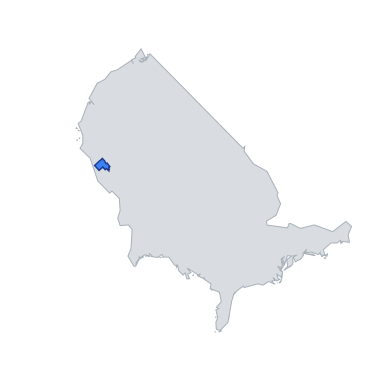 Maricopa, Arizona, United States of America (highlighted), rotated 47°
{"feature_id": "52423323B41946106713870", "entity_name": "Maricopa", "entity_type": "district", "adm_level": 2, "iso_a3": "USA", "parent_name": "United States of America", "parent_adm1": "Arizona", "projection": "albers", "projection_center": [-111.877, 33.277], "detail": "fine", "context": "in_parent", "style": "filled", "palette": "blue", "viewbox_px": 384, "rotation_deg": 47, "n_neighbors": 0, "source": "geoboundaries", "source_scale": "gbopen_adm2", "svg_char_len": 4535}
<svg xmlns="http://www.w3.org/2000/svg" viewBox="0 0 384 384"><g transform="rotate(47 192 192)"><path d="M299.5,125.0L316.9,116.2L318.6,99.4L326.1,98.9L329.9,107.2L336.2,111.1L330.3,116.2L330.6,117.9L328.6,116.4L328.3,120.6L324.0,125.2L323.8,135.2L328.3,137.7L330.2,136.3L329.0,135.0L330.0,135.4L330.9,137.2L325.4,140.9L323.5,139.4L323.9,142.3L317.3,145.7L313.3,151.2L313.1,149.0L312.2,147.9L312.5,153.1L314.2,153.4L315.2,157.6L313.5,164.1L308.6,162.3L309.7,158.2L307.9,161.4L310.2,164.6L312.5,166.1L313.6,168.3L312.0,178.4L311.5,172.6L306.2,168.9L306.7,162.8L303.7,165.6L307.7,173.0L303.4,171.8L302.3,172.5L302.5,169.7L302.2,169.0L301.7,171.3L302.2,172.9L308.5,174.1L307.8,175.9L304.5,174.0L303.5,173.9L307.5,176.1L309.0,176.3L309.0,178.6L306.8,177.6L310.4,179.7L309.9,180.3L308.1,179.2L304.6,179.7L309.7,181.1L312.2,180.1L317.3,186.4L313.1,181.6L315.0,185.0L309.9,186.0L314.6,188.3L316.0,186.7L314.9,190.7L309.9,191.2L313.3,191.9L311.4,194.4L314.7,194.6L309.7,197.1L308.6,203.4L304.1,206.5L297.4,219.1L295.8,218.5L294.7,228.5L295.0,230.7L298.6,237.0L311.9,254.7L312.5,266.0L308.9,267.8L303.5,263.3L301.4,258.8L294.5,254.9L295.6,252.0L293.0,252.8L292.2,245.5L284.1,240.3L275.0,244.5L272.2,240.8L262.8,242.8L263.6,240.9L262.3,242.9L258.2,244.7L257.4,241.5L257.2,243.9L244.4,247.4L250.2,247.8L248.9,251.1L253.8,253.0L252.0,255.0L246.4,252.2L246.7,255.3L240.0,255.3L235.7,252.3L233.8,254.6L223.8,253.4L219.0,258.5L220.2,257.1L217.1,256.5L216.4,261.9L211.0,266.1L212.2,264.9L208.3,264.9L209.9,266.5L205.7,269.3L204.8,275.2L202.6,274.5L204.6,275.8L205.6,281.0L207.9,283.8L206.7,285.1L195.2,282.6L191.8,275.3L178.6,261.3L172.7,261.0L167.6,267.5L160.4,264.1L156.7,257.3L147.1,249.5L136.6,249.9L136.7,253.0L119.8,253.4L98.0,243.5L83.8,244.2L82.0,238.8L76.3,233.4L64.2,228.5L64.5,224.7L55.7,206.9L56.2,205.2L58.0,207.6L57.0,203.8L61.4,203.9L53.3,203.5L47.8,187.1L50.2,178.9L48.8,169.3L51.6,163.5L54.4,146.5L58.1,147.4L54.0,146.0L55.7,141.5L54.2,141.4L52.6,131.6L61.7,134.2L59.4,139.1L62.8,135.8L62.1,140.0L59.8,140.8L61.4,141.2L63.3,139.6L64.3,135.4L62.3,128.5L194.9,124.9L194.6,122.4L197.8,126.1L213.4,127.9L228.0,123.1L251.1,129.6L252.8,132.4L261.0,135.2L266.4,146.3L264.1,157.3L267.3,159.7L283.4,146.6L281.3,142.5L282.7,141.2L292.5,137.6L299.5,125.0ZM320.1,146.8L322.9,145.1L313.4,152.0L320.8,145.2L320.1,146.8ZM62.6,132.7L63.6,135.5L63.5,135.9L62.0,133.7L62.6,132.7ZM207.6,283.0L205.5,278.6L205.2,276.0L205.8,278.7L207.6,283.0ZM331.1,116.2L331.6,117.5L331.0,117.5L331.1,116.2ZM236.0,253.6L236.5,254.6L235.3,254.0L236.0,253.6ZM68.7,233.2L70.2,232.7L70.3,232.9L68.7,233.2ZM67.2,232.7L66.6,233.4L66.2,232.7L67.2,232.7ZM328.2,140.0L327.7,141.1L327.4,141.0L328.2,140.0ZM205.7,273.5L205.2,275.7L206.6,271.4L205.7,273.5ZM307.7,248.8L310.3,252.3L307.4,248.5L307.7,248.8ZM75.8,237.1L76.3,238.3L75.7,237.2L75.8,237.1ZM313.3,266.4L312.5,268.1L313.6,264.8L313.3,266.4ZM318.5,188.7L317.9,190.6L317.5,186.7L318.5,188.7ZM61.6,130.4L61.5,131.1L61.0,130.7L61.6,130.4ZM210.1,267.3L208.1,268.5L210.1,267.0L210.1,267.3ZM331.2,139.2L331.5,140.1L330.5,140.3L331.2,139.2ZM75.6,240.2L76.0,241.6L75.4,240.4L75.6,240.2ZM207.7,269.4L207.0,270.0L207.6,269.1L207.7,269.4ZM313.7,170.1L313.2,172.6L313.6,169.3L313.7,170.1ZM218.5,259.5L217.3,260.5L219.0,258.8L218.5,259.5ZM295.3,229.4L295.5,231.1L295.0,230.0L295.3,229.4ZM315.2,194.7L314.9,195.1L315.7,193.5L315.2,194.7ZM278.3,243.2L276.9,244.5L276.2,244.5L278.3,243.2ZM257.5,244.5L257.3,244.9L256.3,245.0L257.5,244.5ZM299.7,259.5L300.2,260.6L299.3,259.3L299.7,259.5ZM253.9,247.8L253.9,248.9L253.4,247.0L253.9,247.8ZM310.4,270.3L309.6,270.7L310.7,270.0L310.4,270.3ZM315.2,158.4L315.0,159.6L315.2,157.9L315.2,158.4ZM317.0,191.3L316.6,191.8L317.0,191.3Z" fill="#d9dde1" stroke="#a8b0b8" stroke-width="1"/><path d="M106.2,239.0L106.2,241.5L106.2,243.3L106.2,245.1L111.1,245.2L112.8,245.2L112.8,243.9L112.9,241.1L112.9,240.0L112.8,239.5L112.9,239.8L113.2,239.9L113.4,240.1L113.5,240.1L113.5,240.3L114.7,240.3L115.5,240.3L115.9,240.3L116.2,240.3L116.5,240.3L116.5,240.2L116.5,239.8L116.5,239.1L116.5,238.6L117.3,238.5L119.7,238.4L119.5,238.2L119.0,237.0L118.8,237.1L118.7,237.3L118.6,237.5L118.4,237.3L118.2,237.1L117.9,236.9L117.9,236.7L117.6,236.5L117.6,236.3L117.7,236.1L117.7,235.9L117.6,235.7L117.5,235.3L117.4,235.2L117.3,235.3L117.2,235.3L117.3,235.1L117.2,235.0L117.3,234.8L117.3,234.7L117.1,234.7L115.6,234.7L114.8,234.6L113.1,234.4L113.1,234.5L112.9,234.8L112.6,235.1L112.7,235.3L112.4,235.5L111.6,235.3L109.7,234.7L106.3,234.7L106.3,237.7L106.2,239.0Z" fill="#3b82f6" stroke="#1e3a8a" stroke-width="1.5"/></g></svg>